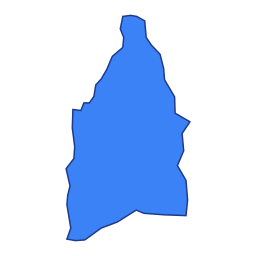 Kalo Chorio Soleas, Cyprus
{"feature_id": "46923920B82951092544014", "entity_name": "Kalo Chorio Soleas", "entity_type": "district", "adm_level": 2, "iso_a3": "CYP", "parent_name": "Cyprus", "parent_adm1": "", "projection": "mercator", "projection_center": [32.871, 35.119], "detail": "fine", "context": "isolated", "style": "filled", "palette": "blue", "viewbox_px": 256, "rotation_deg": 0, "n_neighbors": 0, "source": "geoboundaries", "source_scale": "gbopen_adm2", "svg_char_len": 660}
<svg xmlns="http://www.w3.org/2000/svg" viewBox="0 0 256 256"><path d="M72.9,109.5L72.3,128.0L74.7,146.8L73.9,158.5L66.1,168.7L70.0,185.9L67.7,195.3L66.9,204.7L70.8,228.1L66.9,239.1L75.5,240.6L84.8,239.9L101.1,228.1L117.5,221.9L136.2,210.1L144.0,213.3L164.2,214.8L186.0,215.6L187.6,200.0L186.0,180.4L177.4,165.6L183.7,150.7L182.1,133.5L189.9,121.8L175.1,113.2L174.6,96.9L164.6,79.9L163.6,68.4L160.1,54.4L151.2,44.9L146.2,37.4L144.7,20.9L136.7,16.4L130.7,15.4L122.8,16.4L120.3,28.9L123.7,37.4L122.8,47.4L112.3,56.4L106.8,69.4L101.3,78.9L95.8,84.9L93.9,96.4L89.4,102.9L83.9,102.9L80.9,110.5L72.9,109.5Z" fill="#3b82f6" stroke="#1e3a8a" stroke-width="1.5"/></svg>